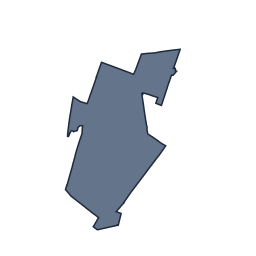 Fulga, Prahova, Romania (Albers equal-area conic projection), rotated 139°
{"feature_id": "2599482B7572251252498", "entity_name": "Fulga", "entity_type": "district", "adm_level": 2, "iso_a3": "ROU", "parent_name": "Romania", "parent_adm1": "Prahova", "projection": "albers", "projection_center": [26.445, 44.906], "detail": "fine", "context": "isolated", "style": "filled", "palette": "slate", "viewbox_px": 256, "rotation_deg": 139, "n_neighbors": 0, "source": "geoboundaries", "source_scale": "gbopen_adm2", "svg_char_len": 5220}
<svg xmlns="http://www.w3.org/2000/svg" viewBox="0 0 256 256"><g transform="rotate(139 128 128)"><path d="M179.1,161.4L179.0,161.2L178.7,160.8L178.6,160.7L178.4,160.7L178.1,160.8L177.9,160.9L177.6,161.0L177.4,161.1L177.1,161.3L176.8,161.6L176.7,161.8L176.5,162.0L176.4,162.0L176.2,162.0L176.1,161.9L175.9,161.9L175.8,162.0L175.1,162.2L174.9,162.4L174.8,162.5L174.6,162.6L174.1,162.7L173.7,162.8L173.3,162.9L173.2,162.9L172.7,163.0L172.4,163.0L172.3,162.9L172.0,162.8L171.9,162.6L171.7,162.4L171.6,162.1L171.6,161.1L171.5,160.9L171.4,160.8L171.2,160.8L170.9,160.7L170.4,160.5L169.9,160.4L169.7,160.3L169.6,160.2L169.4,160.1L169.2,159.9L168.9,159.7L168.7,159.6L168.4,159.5L168.2,159.4L167.9,159.5L167.7,159.6L167.3,159.7L167.1,159.9L167.0,160.0L166.8,160.1L166.7,160.2L166.5,160.3L166.2,160.6L166.0,160.8L165.9,160.8L165.7,161.0L165.4,161.2L164.9,161.2L164.3,161.3L164.2,161.3L163.9,161.2L163.2,161.2L162.8,161.1L162.6,161.0L162.2,160.8L161.9,160.6L161.7,160.4L161.3,159.9L161.1,159.6L160.8,159.3L161.2,159.0L161.4,158.9L161.7,158.7L161.9,158.4L162.2,158.2L162.6,157.9L163.0,157.5L163.1,157.3L163.3,157.1L163.9,156.5L164.0,156.3L164.2,156.2L164.5,155.9L164.7,155.7L164.8,155.7L165.0,155.4L165.1,155.2L165.7,154.5L166.2,154.1L166.6,153.8L173.5,149.8L181.3,145.0L185.8,142.1L186.7,141.2L188.0,140.4L189.3,139.7L189.9,139.0L190.5,138.6L191.0,138.4L191.6,138.1L193.2,137.0L195.7,135.2L197.4,134.1L198.2,133.6L211.6,124.8L211.7,125.0L215.6,122.5L215.6,117.9L215.7,113.9L212.6,98.1L211.8,93.5L211.4,91.6L210.2,85.5L210.1,85.1L209.8,84.0L209.7,83.3L209.6,82.8L209.5,82.6L209.4,81.5L209.3,81.1L209.0,79.6L210.4,79.2L216.2,77.2L219.0,76.3L218.0,71.8L217.8,71.2L203.3,63.4L200.3,61.7L199.8,62.0L199.2,61.0L193.2,65.2L189.3,68.0L189.6,68.7L191.8,72.6L188.1,73.1L184.2,73.7L179.7,74.3L179.7,74.6L167.9,77.6L166.8,77.8L152.5,80.8L149.5,81.5L149.2,81.5L145.0,82.4L139.0,83.7L137.1,84.1L135.5,84.4L133.6,84.8L130.2,85.5L129.5,85.6L128.4,85.9L124.6,86.7L123.8,86.8L122.1,87.1L119.6,87.7L118.3,88.0L117.3,88.3L115.7,88.7L111.2,89.9L112.2,92.5L112.6,93.7L112.8,94.4L112.9,94.7L113.3,96.3L113.6,97.6L113.7,98.2L113.7,98.7L114.1,100.0L114.5,101.7L115.0,103.6L115.4,105.1L115.8,106.5L116.9,110.3L116.9,110.5L116.8,110.8L116.6,111.2L116.4,111.5L116.2,111.9L115.6,112.8L115.1,113.6L114.9,114.0L114.7,114.4L114.6,114.5L114.3,114.8L114.1,115.0L113.9,115.3L113.5,115.6L113.4,115.8L113.2,116.0L112.7,116.8L112.5,117.0L112.5,117.3L112.4,117.5L111.5,119.1L110.8,120.1L110.5,120.6L110.1,121.4L108.9,123.3L107.8,125.0L107.4,125.6L105.7,128.4L105.3,129.0L104.8,129.7L104.6,130.1L104.1,130.9L102.0,134.0L101.6,134.6L97.0,141.9L94.5,145.5L94.6,145.4L94.5,145.2L94.4,144.6L94.4,144.4L94.4,144.2L94.3,144.3L94.2,144.3L94.1,144.2L93.9,144.2L93.8,144.3L93.6,144.5L93.2,144.0L89.7,138.6L89.5,138.1L89.0,137.2L88.8,136.8L88.7,136.5L88.1,135.7L87.2,134.2L85.5,131.4L86.0,131.1L86.3,131.0L87.4,130.4L87.5,130.4L87.7,130.2L87.8,130.1L88.9,129.5L89.7,129.0L90.8,128.4L88.8,124.6L88.0,123.1L84.4,125.2L84.1,125.4L83.1,126.0L82.4,126.5L81.3,127.1L80.3,127.7L78.6,128.7L77.7,129.2L77.0,129.7L75.9,130.3L75.2,130.8L73.6,131.7L72.6,132.2L71.3,133.1L70.0,133.9L69.1,134.4L68.1,135.0L67.1,135.5L66.2,136.1L65.9,136.2L65.7,136.3L65.0,136.7L64.3,137.2L64.0,137.4L63.9,137.4L63.7,137.5L63.4,137.6L62.9,138.0L62.6,138.2L62.4,138.3L62.0,138.5L61.7,138.7L61.5,138.9L61.3,138.9L61.0,139.1L60.6,139.3L60.4,139.4L60.2,139.3L60.0,138.9L59.7,138.6L59.7,138.4L59.4,138.2L59.0,138.3L58.7,138.3L54.1,139.0L54.4,139.4L54.6,139.6L54.7,139.8L54.8,139.9L54.8,140.0L54.8,140.3L54.6,140.4L54.2,140.6L53.9,140.8L53.8,141.0L53.7,141.3L53.5,141.5L53.4,141.7L53.4,141.8L53.5,141.9L53.6,142.0L53.6,142.3L53.4,142.5L53.5,142.6L54.0,142.7L54.1,142.8L54.3,142.9L54.4,143.0L54.6,143.2L54.3,143.3L53.6,143.7L53.0,144.0L50.7,145.3L47.7,147.0L38.5,152.3L37.0,153.2L43.3,157.5L48.7,161.1L50.0,162.0L53.1,163.9L53.3,164.1L53.5,164.2L53.6,164.3L54.1,164.6L54.5,164.8L55.1,165.2L55.8,165.5L56.4,165.9L56.7,166.1L58.5,167.1L61.7,169.5L63.9,171.2L69.3,175.0L75.0,171.9L77.6,170.5L80.3,169.0L82.7,167.7L83.4,167.3L84.6,166.6L84.8,166.5L85.1,166.4L85.3,166.4L85.5,166.3L86.4,165.9L87.2,165.5L88.6,164.9L88.9,165.5L89.5,166.6L89.8,167.2L90.6,168.8L91.3,170.1L92.7,172.6L96.9,180.4L98.1,182.6L99.7,185.5L99.9,186.0L100.6,187.2L102.8,191.1L104.1,193.5L104.9,195.0L105.9,194.4L110.0,192.1L110.5,191.8L113.9,189.9L114.9,189.3L117.9,187.6L119.0,187.0L118.8,186.7L119.2,186.6L122.7,184.6L123.5,184.1L124.0,183.8L128.9,181.0L129.5,180.7L129.9,180.4L130.3,180.3L131.5,179.5L134.3,178.0L136.6,176.7L138.0,175.8L141.1,174.1L142.5,173.3L142.8,173.2L142.9,173.3L143.0,173.4L143.5,174.2L145.6,177.5L146.6,179.0L147.3,181.5L147.5,182.1L147.9,183.6L148.2,184.6L148.7,186.3L148.8,186.8L149.0,187.4L149.3,187.1L151.4,185.4L152.5,184.5L152.9,184.2L153.5,183.7L154.3,183.0L154.8,182.8L156.1,181.5L156.7,181.1L157.8,180.1L159.0,179.1L161.1,177.5L161.5,177.1L162.2,176.5L162.4,176.3L162.6,176.2L162.8,176.1L163.0,176.0L163.4,175.6L163.7,175.3L163.8,175.2L164.2,174.9L164.3,174.7L164.5,174.6L165.3,174.0L166.6,172.9L167.1,172.3L167.6,172.0L168.3,171.4L168.6,171.1L168.9,170.9L169.0,170.7L169.3,170.5L172.5,167.6L174.2,166.1L176.1,164.3L176.9,163.6L178.2,162.3L179.1,161.4Z" fill="#64748b" stroke="#1e293b" stroke-width="1.5"/></g></svg>